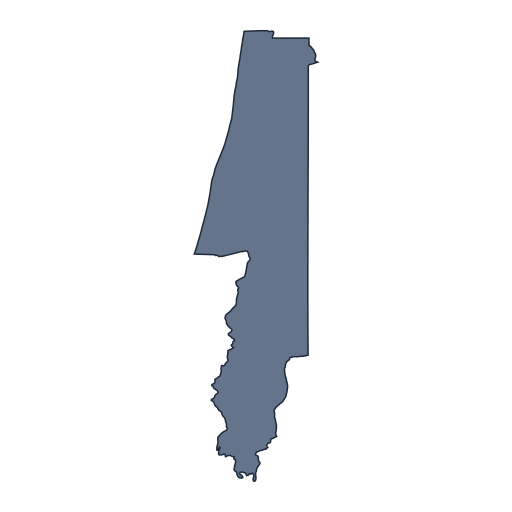 the district of Belterra, Pará, Brazil
{"feature_id": "56859067B15515313169577", "entity_name": "Belterra", "entity_type": "district", "adm_level": 2, "iso_a3": "BRA", "parent_name": "Brazil", "parent_adm1": "Pará", "projection": "robinson", "projection_center": [-55.04, -3.248], "detail": "fine", "context": "isolated", "style": "filled", "palette": "slate", "viewbox_px": 512, "rotation_deg": 0, "n_neighbors": 0, "source": "geoboundaries", "source_scale": "gbopen_adm2", "svg_char_len": 5623}
<svg xmlns="http://www.w3.org/2000/svg" viewBox="0 0 512 512"><path d="M219.3,455.0L220.1,455.0L221.4,454.9L223.2,454.5L223.9,454.0L225.0,454.2L225.5,456.7L226.5,456.4L227.4,455.8L228.5,455.5L230.2,455.4L231.2,455.9L232.1,456.4L232.9,456.6L234.3,457.0L233.8,458.2L234.2,459.3L235.2,459.7L235.7,461.2L235.3,463.6L234.6,465.5L234.9,466.5L234.3,467.7L234.0,468.6L234.1,469.8L234.8,470.9L235.5,471.5L236.6,472.0L236.9,474.1L237.4,475.4L237.8,476.4L238.8,477.3L239.9,477.9L241.2,478.1L242.0,478.0L242.8,477.5L242.6,476.5L242.0,475.6L240.0,474.2L239.6,473.3L240.2,472.3L241.7,472.0L242.6,472.1L245.0,472.9L245.7,473.5L246.6,475.6L247.5,475.4L248.5,475.0L249.3,473.6L250.8,474.2L251.7,473.3L252.6,473.3L253.4,474.3L253.7,475.6L253.7,476.6L253.3,478.4L253.0,479.4L253.3,480.6L254.0,481.3L255.0,481.0L255.7,480.0L256.0,478.2L255.9,476.7L255.7,475.4L255.6,473.7L255.7,472.7L256.2,471.5L256.7,469.0L257.1,467.8L259.5,464.3L260.0,463.3L259.8,462.3L259.1,461.5L258.5,460.8L258.4,459.6L258.4,458.2L258.3,457.2L257.8,456.0L257.0,455.6L256.2,455.2L255.5,454.6L255.7,453.5L256.3,452.5L257.4,451.8L258.7,451.3L259.8,450.7L260.6,450.5L262.3,450.2L263.4,449.8L264.2,449.1L265.1,449.4L266.2,449.0L266.9,448.1L267.8,447.5L267.1,446.9L266.7,445.7L266.9,444.7L267.4,443.9L268.5,442.9L269.7,443.0L270.5,442.1L270.7,440.7L270.7,439.5L271.3,438.7L272.2,438.6L273.3,438.3L274.0,437.8L274.7,437.3L275.9,436.9L276.7,436.5L275.7,434.0L275.7,432.5L276.1,430.9L276.3,429.5L276.4,427.6L276.5,425.6L276.3,424.5L276.0,422.9L275.5,421.6L275.5,420.1L275.2,419.1L274.5,417.3L274.6,416.2L274.6,414.7L274.5,413.4L274.5,412.3L274.1,410.9L274.2,409.8L275.0,409.0L275.8,407.5L277.3,406.1L278.3,405.2L279.5,404.2L280.3,403.5L281.7,402.4L282.4,401.8L282.9,401.1L283.9,399.8L285.3,397.5L286.0,396.0L286.3,395.1L286.5,393.4L286.9,392.1L287.1,390.6L287.3,389.2L287.5,388.2L287.6,387.0L287.5,384.8L287.2,383.3L286.7,381.3L286.3,379.6L286.1,377.8L285.3,376.4L285.1,374.5L284.8,373.2L284.7,371.5L284.4,369.6L284.5,368.6L285.0,367.6L285.4,366.5L285.4,364.9L286.0,363.0L286.7,361.8L288.2,360.5L289.2,359.9L289.6,358.8L290.0,357.9L290.7,357.4L292.0,357.2L293.4,356.7L294.2,356.6L295.2,356.6L296.4,356.8L298.1,356.7L299.4,356.5L301.5,356.2L303.1,356.3L304.8,355.9L305.7,355.8L307.2,355.2L308.1,355.2L307.9,328.1L307.8,298.0L307.8,267.2L308.1,170.0L308.2,161.2L308.2,153.5L308.2,151.7L308.3,105.4L308.3,104.0L308.3,73.4L308.3,68.1L308.3,67.2L308.4,65.6L309.0,64.8L310.9,64.2L312.6,63.8L313.6,63.5L317.7,62.2L316.8,61.7L315.8,61.5L315.1,60.7L315.0,59.2L315.4,57.7L315.7,56.3L315.5,54.1L314.9,52.9L314.4,52.1L313.6,49.7L312.9,49.2L312.2,48.6L311.5,47.3L310.6,46.4L309.2,45.8L309.0,42.2L309.0,38.1L305.4,38.1L294.0,38.1L272.6,38.1L272.3,37.2L272.6,35.8L273.3,34.4L273.7,32.8L273.3,31.5L272.0,31.1L271.0,31.4L270.0,31.6L269.0,31.5L267.9,30.8L260.6,30.7L244.1,31.3L243.8,33.3L243.7,34.3L243.6,35.3L243.3,36.4L242.9,38.3L242.7,39.3L242.5,40.4L242.5,41.5L242.3,42.9L242.0,44.1L241.8,45.7L241.5,47.1L241.3,49.2L240.3,55.2L240.0,57.8L239.1,62.8L238.3,67.9L238.0,71.0L237.8,74.0L237.4,77.9L236.6,81.5L235.9,86.1L234.8,91.2L234.1,96.0L233.2,106.1L232.0,116.0L231.7,118.5L229.9,125.1L228.4,131.6L226.8,137.2L226.1,139.4L224.7,144.4L222.4,150.5L219.4,157.9L218.1,161.0L216.2,165.8L214.9,169.4L214.1,172.9L213.5,175.4L213.1,176.5L212.4,178.2L211.6,181.9L210.5,189.7L210.1,192.8L209.0,198.7L207.8,205.4L206.0,212.8L204.1,220.0L202.2,226.9L200.9,232.2L199.0,238.8L197.1,245.3L194.3,254.1L208.1,254.5L210.7,254.6L213.8,254.7L214.8,254.9L215.5,255.5L216.4,255.1L217.3,255.3L218.9,256.6L219.7,256.6L220.5,256.1L221.8,256.5L239.7,252.0L241.6,251.5L242.8,251.7L244.1,251.1L245.3,251.0L246.3,251.1L247.3,251.4L248.0,252.5L248.6,254.0L248.6,255.3L248.9,256.2L250.1,258.2L250.0,259.4L249.6,260.3L248.1,262.0L247.5,262.9L247.2,264.4L246.7,267.4L246.4,268.5L246.3,269.9L245.9,271.6L245.5,273.4L244.8,276.1L243.8,277.2L240.7,278.6L237.4,280.6L236.4,281.1L235.8,282.1L236.0,283.4L236.3,284.7L237.3,286.2L238.3,287.0L238.6,288.3L237.8,289.2L237.7,290.5L238.1,291.6L238.1,293.2L237.8,294.3L237.4,295.3L237.2,296.5L236.7,297.9L236.5,299.2L236.4,302.3L236.2,303.8L235.9,305.0L235.1,306.1L232.7,308.3L231.0,310.4L229.6,311.9L227.0,313.9L226.1,314.8L225.5,315.8L225.0,317.9L225.2,318.8L226.1,320.5L226.4,321.5L226.4,322.6L226.6,323.8L228.3,326.4L229.1,326.9L230.2,328.1L231.3,328.8L231.9,329.6L231.8,330.7L231.2,331.5L230.3,332.4L228.3,333.7L228.4,334.9L229.2,335.7L230.2,336.2L231.1,336.9L232.0,338.2L234.0,338.9L234.6,340.3L233.7,340.8L233.0,341.7L233.0,342.7L232.7,343.6L232.1,344.3L231.3,345.1L231.5,346.0L232.3,346.7L233.5,347.3L232.9,348.2L231.0,349.2L229.2,349.9L227.9,350.8L227.7,354.8L227.3,356.4L227.3,357.3L227.5,358.6L228.0,359.7L227.9,360.8L227.0,361.9L225.5,363.4L224.5,365.4L223.4,365.9L222.5,365.4L221.6,365.7L221.2,367.3L221.0,368.9L221.2,370.5L221.1,372.4L220.3,374.8L220.0,375.9L219.1,376.6L218.2,377.0L217.3,378.0L215.0,379.2L214.9,380.2L215.1,381.5L214.7,382.7L214.1,383.3L211.8,384.7L211.8,385.7L212.7,386.0L213.8,388.1L214.7,388.9L217.1,390.4L217.6,391.2L218.0,392.2L217.6,393.3L215.6,394.7L214.9,395.9L214.7,396.8L214.1,397.7L213.2,398.6L211.4,399.4L211.3,400.4L213.1,401.5L213.9,402.2L214.5,404.4L215.0,405.5L216.0,406.5L217.0,407.2L218.1,408.8L218.5,409.9L221.5,412.2L222.0,414.4L222.9,416.1L224.4,417.7L224.9,418.5L225.5,420.6L225.6,421.8L226.4,423.7L226.5,425.3L226.3,426.8L227.0,427.6L227.3,428.7L226.7,430.0L225.1,431.0L223.0,432.1L221.4,433.3L217.8,437.3L217.8,439.8L218.0,442.7L216.7,447.9L216.9,449.1L216.9,450.2L217.7,450.1L219.4,447.0L220.1,447.5L219.9,448.5L219.3,449.3L218.9,450.5L218.7,451.7L218.5,453.9L219.3,455.0Z" fill="#64748b" stroke="#1e293b" stroke-width="1.5"/></svg>